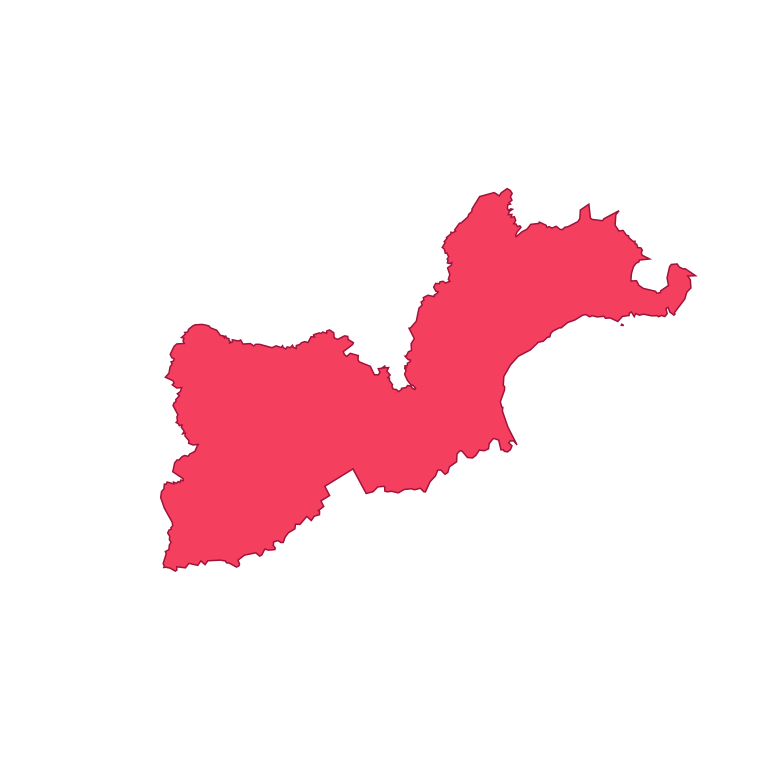 Puerto Vallarta, Jalisco, Mexico (Robinson projection), rotated 217°
{"feature_id": "50627088B20857302677335", "entity_name": "Puerto Vallarta", "entity_type": "district", "adm_level": 2, "iso_a3": "MEX", "parent_name": "Mexico", "parent_adm1": "Jalisco", "projection": "robinson", "projection_center": [-105.162, 20.698], "detail": "fine", "context": "isolated", "style": "filled", "palette": "rose", "viewbox_px": 768, "rotation_deg": 217, "n_neighbors": 0, "source": "geoboundaries", "source_scale": "gbopen_adm2", "svg_char_len": 6160}
<svg xmlns="http://www.w3.org/2000/svg" viewBox="0 0 768 768"><g transform="rotate(217 384 384)"><path d="M300.6,663.8L307.9,648.2L307.7,646.0L316.6,640.8L319.0,640.7L328.6,650.9L331.9,641.1L327.2,634.1L326.9,630.3L331.8,620.2L333.9,618.0L334.5,614.5L336.7,613.4L341.4,613.6L343.7,609.6L346.7,609.1L347.9,607.2L350.2,608.3L357.4,606.8L357.1,605.3L362.9,599.8L362.9,593.9L365.4,588.6L367.1,581.2L368.5,582.2L369.2,585.5L368.9,591.6L370.7,592.1L372.3,590.0L374.9,591.2L376.8,590.1L377.2,593.8L380.5,596.0L382.9,593.6L383.9,596.4L386.7,594.0L387.7,597.3L386.5,600.9L388.1,600.3L389.1,597.6L391.1,598.5L393.1,601.7L391.3,603.8L393.3,604.1L392.4,607.8L395.7,609.6L396.3,613.3L399.7,614.6L403.3,614.1L405.5,607.0L405.1,603.7L411.2,603.2L420.4,591.3L419.1,576.9L417.7,574.6L418.4,570.9L417.6,567.6L419.4,558.8L420.5,557.9L420.3,549.6L418.8,549.2L420.1,546.3L421.9,545.5L420.9,543.9L422.3,538.6L421.3,538.3L421.6,533.9L420.2,533.7L419.7,528.1L417.1,528.1L413.7,525.3L412.7,526.4L409.0,524.6L408.7,521.7L407.4,521.5L406.3,518.8L403.8,519.9L402.9,521.7L401.7,519.5L403.1,515.0L397.3,511.0L395.6,506.3L393.2,505.6L395.8,501.6L398.6,501.6L400.8,499.3L400.2,497.4L403.3,495.4L402.6,491.2L398.3,489.3L396.4,490.3L396.0,489.0L397.4,485.0L396.6,483.9L402.3,481.4L404.6,476.6L402.6,475.0L403.7,471.8L401.1,470.1L401.7,465.6L396.0,453.6L396.6,444.6L397.6,443.6L387.1,438.5L386.6,432.5L382.2,427.3L383.9,424.4L383.1,420.2L384.0,418.9L379.2,418.0L377.3,419.1L376.4,417.8L377.8,414.8L376.6,412.6L378.2,411.1L376.9,409.1L376.1,409.8L376.3,408.7L374.6,408.2L373.4,404.2L367.8,401.1L362.0,399.5L359.8,400.5L356.0,399.5L356.0,398.3L358.9,397.6L360.9,398.7L364.3,397.0L364.2,394.5L367.4,391.1L366.7,390.1L367.8,386.6L370.7,387.1L373.6,385.4L376.5,387.2L376.8,388.6L381.6,390.0L383.2,392.0L384.8,391.3L384.5,394.9L389.4,395.9L390.2,399.9L393.6,397.0L394.0,399.4L395.4,395.1L397.8,392.8L394.3,390.9L394.0,387.9L397.3,385.6L405.6,389.9L417.0,386.8L419.3,387.6L421.6,391.2L429.4,388.2L430.4,383.5L433.3,383.7L436.0,385.3L432.8,396.7L433.3,398.6L439.5,398.0L441.6,400.2L444.5,398.7L447.9,391.7L451.6,390.9L455.0,394.7L460.0,394.4L461.6,392.0L460.4,390.0L464.2,388.6L464.7,386.5L466.5,385.8L469.4,381.7L469.8,380.7L467.8,379.8L470.7,377.8L469.6,371.4L472.6,370.3L474.7,367.5L475.2,364.6L477.2,362.0L475.6,359.5L478.5,358.7L480.4,359.9L480.8,356.7L483.7,355.3L483.5,352.8L486.5,352.4L488.0,353.5L488.2,351.2L493.2,349.5L495.3,345.6L507.1,340.9L510.3,338.6L511.0,336.0L515.0,335.9L520.7,331.0L525.0,332.9L526.1,330.8L531.8,328.0L530.3,326.4L531.9,323.9L532.3,325.4L533.8,325.3L535.1,326.9L537.7,325.8L539.0,327.0L539.8,326.7L539.4,324.9L541.6,325.7L543.8,324.3L550.0,326.3L556.2,324.5L559.0,325.0L564.9,322.3L570.5,317.6L571.7,315.2L573.0,310.0L572.0,307.5L574.2,305.2L572.6,304.5L573.7,299.2L571.3,300.2L570.5,297.5L567.9,296.2L573.7,291.2L574.3,287.8L572.6,279.0L569.3,277.3L566.6,277.8L566.0,275.5L567.4,273.5L565.2,272.4L565.2,269.0L562.2,263.1L562.7,257.8L554.6,259.6L552.3,258.5L552.6,255.9L547.0,256.1L543.4,259.4L542.1,255.3L543.2,251.8L540.4,251.6L540.9,246.2L539.6,244.9L540.3,242.6L539.5,239.8L530.1,235.4L529.6,233.1L526.6,230.0L526.9,228.2L523.8,228.5L522.5,227.5L520.6,229.7L519.8,227.4L515.2,226.1L514.8,223.0L513.1,225.2L511.7,222.7L505.5,221.3L504.4,219.1L499.9,220.3L495.5,224.4L496.1,223.0L494.5,216.4L497.0,211.1L496.9,208.4L500.2,206.9L501.5,204.6L502.1,199.8L503.6,198.8L503.7,195.0L499.9,186.8L487.4,187.5L486.1,186.0L488.5,185.0L487.7,182.6L489.7,182.2L490.0,179.8L493.0,179.0L491.7,177.8L498.2,175.2L497.7,172.9L499.2,171.8L496.7,167.9L496.9,164.1L494.0,158.9L484.6,152.6L469.9,146.1L467.5,143.7L467.7,141.1L466.6,140.2L467.8,137.8L467.1,134.8L463.6,133.5L461.6,130.4L458.9,129.6L458.5,126.2L456.1,122.2L457.8,118.6L455.8,117.4L452.3,107.7L449.3,105.9L449.7,104.2L448.9,105.9L443.8,108.3L438.2,108.9L437.4,110.6L439.5,113.3L431.9,117.7L431.9,123.3L423.6,127.1L423.8,132.5L418.2,132.0L418.3,136.8L408.8,144.8L404.2,147.2L402.1,146.4L400.0,147.8L391.6,149.0L390.4,151.4L390.9,153.2L394.6,155.5L392.4,163.4L384.8,172.0L379.7,171.7L378.7,174.1L379.9,180.4L376.4,181.7L371.5,186.0L372.0,187.5L375.2,188.4L377.1,191.4L374.5,195.1L370.8,195.4L369.1,196.8L370.8,202.2L370.8,207.7L368.0,214.7L370.3,218.7L366.6,221.4L365.9,231.8L359.9,231.2L360.1,236.5L356.9,240.8L358.8,243.5L360.2,243.4L358.4,249.9L364.0,252.7L360.3,262.2L369.7,266.7L357.7,297.5L332.3,285.8L327.9,291.4L327.0,298.1L322.7,302.0L321.6,302.3L318.9,299.0L316.7,299.7L313.4,302.9L307.1,305.6L304.4,311.9L299.2,316.7L296.0,317.9L292.2,322.6L287.3,321.9L286.0,322.8L288.4,333.6L287.6,341.6L289.2,347.5L286.9,349.5L280.9,348.6L279.8,351.7L281.9,357.2L279.2,365.6L283.6,372.0L283.1,376.4L281.3,377.4L273.1,375.5L268.7,378.3L267.7,382.3L268.1,388.5L263.7,391.1L261.5,395.1L264.1,399.6L264.0,405.6L263.0,406.8L258.6,408.2L251.0,401.8L249.3,403.2L247.4,402.7L244.5,404.1L243.5,407.6L244.6,411.7L248.9,412.0L248.9,414.4L246.3,416.6L241.1,415.4L259.2,424.2L273.1,433.6L275.0,436.8L275.8,436.3L280.4,439.8L284.1,451.7L286.0,454.4L288.0,454.8L292.8,462.1L294.5,475.2L293.5,486.9L287.6,499.4L285.9,510.2L282.6,513.9L281.5,520.0L279.9,521.3L281.3,524.7L280.9,527.9L277.9,534.3L276.3,535.5L274.3,543.7L270.2,549.8L266.7,558.6L264.6,560.9L260.2,561.4L258.9,563.8L254.0,565.9L249.1,570.4L246.7,569.8L243.1,572.9L234.9,574.6L234.2,581.5L229.5,586.2L230.7,588.1L229.7,590.4L224.7,588.4L225.4,591.7L221.4,592.7L218.7,596.0L211.3,599.5L206.7,603.1L205.2,602.9L203.7,605.7L200.3,606.9L200.1,610.5L204.2,613.9L203.4,616.1L199.0,613.5L193.9,613.5L193.7,615.0L195.0,615.8L194.9,632.8L197.4,639.5L196.7,645.4L202.0,651.5L206.4,653.0L200.4,658.0L213.1,657.3L214.1,656.0L218.5,655.1L222.1,656.3L226.5,652.4L226.5,649.5L221.8,639.1L216.1,633.9L219.1,625.0L218.2,623.2L220.9,620.7L222.9,621.5L234.4,616.4L239.9,616.2L244.4,618.4L248.9,614.9L252.9,621.2L255.3,627.6L255.4,632.0L253.9,634.9L254.6,636.7L247.1,643.7L255.4,642.2L257.6,643.8L258.3,646.4L260.7,647.3L263.5,645.7L266.4,647.7L267.7,647.0L269.5,649.1L270.8,647.8L276.6,648.2L277.8,649.5L280.0,648.7L285.5,650.5L288.6,647.6L295.0,649.9L300.7,658.7L300.6,663.8ZM230.2,574.7L229.8,573.7L228.3,574.7L228.8,575.1L230.2,574.7Z" fill="#f43f5e" stroke="#9f1239" stroke-width="1.5"/></g></svg>